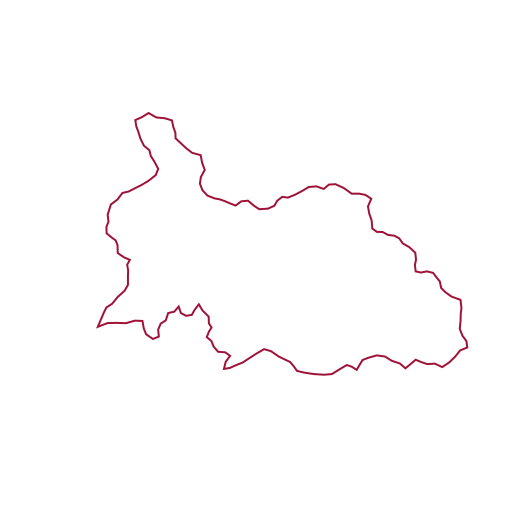 outline of Guabiruba, Santa Catarina, Brazil, rotated 68°
{"feature_id": "56859067B25663220067280", "entity_name": "Guabiruba", "entity_type": "district", "adm_level": 2, "iso_a3": "BRA", "parent_name": "Brazil", "parent_adm1": "Santa Catarina", "projection": "natural_earth1", "projection_center": [-49.027, -27.109], "detail": "fine", "context": "isolated", "style": "outline", "palette": "rose", "viewbox_px": 512, "rotation_deg": 68, "n_neighbors": 0, "source": "geoboundaries", "source_scale": "gbopen_adm2", "svg_char_len": 2338}
<svg xmlns="http://www.w3.org/2000/svg" viewBox="0 0 512 512"><g transform="rotate(68 256 256)"><path d="M83.2,302.1L84.5,309.6L84.8,317.0L90.8,318.4L97.5,318.6L103.9,319.2L111.7,318.6L118.1,315.2L123.7,316.1L130.2,314.9L138.5,314.0L143.4,318.6L146.0,327.4L147.3,335.7L147.8,342.5L148.5,349.8L147.5,356.2L151.7,363.2L153.9,371.3L162.2,378.1L168.9,379.9L173.0,383.8L179.0,386.0L184.4,383.1L189.0,380.3L194.0,380.3L201.5,383.1L207.9,378.8L212.3,374.4L215.8,378.7L221.6,380.0L226.5,382.2L234.9,385.6L239.0,390.9L242.2,399.6L246.4,407.3L247.6,413.9L251.4,418.2L262.4,429.2L262.6,418.6L265.7,410.5L269.6,401.7L270.6,392.4L273.7,385.6L281.2,387.2L287.4,387.2L294.3,382.7L294.3,376.3L287.6,374.3L283.0,369.7L281.9,363.8L276.0,358.8L277.0,352.6L273.9,346.6L280.7,347.0L285.3,343.2L286.5,337.5L283.0,333.2L279.4,327.1L286.5,326.0L294.5,322.6L300.8,324.9L305.6,324.0L308.7,328.2L312.8,332.0L318.1,329.2L324.2,329.2L330.6,327.0L333.8,320.6L338.9,317.4L342.8,323.8L348.7,328.0L350.0,322.0L349.7,314.5L349.8,308.3L348.5,301.9L346.7,292.5L345.4,283.4L349.8,277.8L357.8,272.5L362.9,267.9L367.0,264.1L372.4,262.3L377.9,261.0L382.3,254.8L387.1,246.7L391.6,237.3L393.9,229.9L392.4,221.2L391.1,212.7L394.5,208.7L399.3,205.3L395.7,200.7L392.4,196.2L392.4,190.2L393.4,181.2L397.5,174.1L404.0,169.4L409.5,162.9L416.1,159.5L414.3,153.8L412.0,146.8L416.1,142.7L420.4,137.7L422.8,130.5L428.8,124.9L427.0,116.6L423.9,109.0L420.0,102.1L420.0,94.4L413.8,92.8L407.4,94.4L399.9,94.4L392.7,90.6L386.2,87.8L381.2,85.0L373.3,82.8L366.8,90.0L360.4,94.0L355.0,96.3L348.5,95.1L342.6,96.9L338.0,98.1L334.3,103.3L333.1,109.3L330.1,113.7L324.0,112.1L319.3,109.0L312.6,107.1L305.2,110.6L299.3,115.2L293.3,116.6L289.1,120.0L285.8,125.8L281.2,129.6L278.9,134.9L274.1,137.9L266.5,135.5L258.9,135.1L252.0,133.6L246.1,127.7L240.3,131.7L236.8,137.1L234.1,143.9L226.0,149.0L219.2,155.4L217.1,161.6L219.2,168.1L214.1,173.8L211.8,181.2L213.0,188.8L213.8,196.8L213.8,204.5L211.0,209.6L212.7,215.6L216.3,220.2L216.6,227.1L213.8,235.5L208.6,239.1L201.7,242.7L199.8,249.2L201.6,256.0L197.3,260.6L193.7,264.1L190.1,268.1L187.0,272.9L181.8,278.4L174.9,281.0L167.9,280.9L162.1,277.5L157.0,271.3L149.1,271.0L141.8,269.5L136.4,276.6L130.0,280.3L124.0,283.1L116.8,286.5L111.6,284.6L105.1,284.3L98.8,283.1L94.1,289.0L90.2,296.5L83.2,302.1Z" fill="none" stroke="#9f1239" stroke-width="2"/></g></svg>